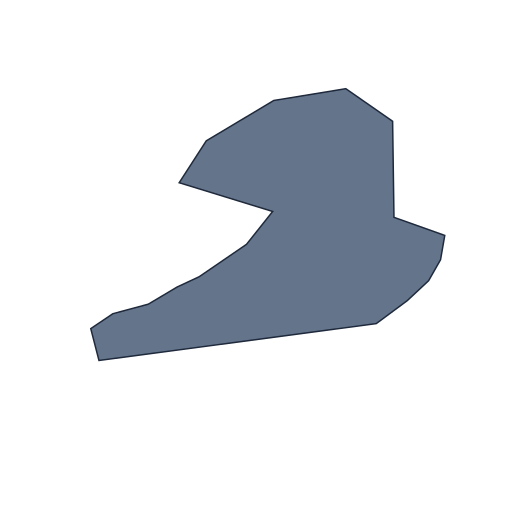 map outline of Vårdö (orthographic projection), rotated 56°
{"feature_id": "ALD-4820", "entity_name": "Vårdö", "entity_type": "state/province", "adm_level": 1, "iso_a3": "ALA", "parent_name": "Aland", "parent_adm1": "", "projection": "orthographic", "projection_center": [20.395, 60.233], "detail": "fine", "context": "isolated", "style": "filled", "palette": "slate", "viewbox_px": 512, "rotation_deg": 56, "n_neighbors": 0, "source": "natural_earth", "source_scale": "10m", "svg_char_len": 406}
<svg xmlns="http://www.w3.org/2000/svg" viewBox="0 0 512 512"><g transform="rotate(56 256 256)"><path d="M344.5,88.0L362.3,105.1L373.0,126.7L377.6,155.6L379.3,194.1L254.8,444.6L223.8,433.6L223.8,406.9L235.7,372.2L237.6,338.7L241.4,314.7L241.0,257.3L228.4,217.3L152.3,278.7L132.7,232.8L137.0,154.3L167.5,88.0L220.7,67.4L301.1,120.0L344.5,88.0Z" fill="#64748b" stroke="#1e293b" stroke-width="1.5"/></g></svg>